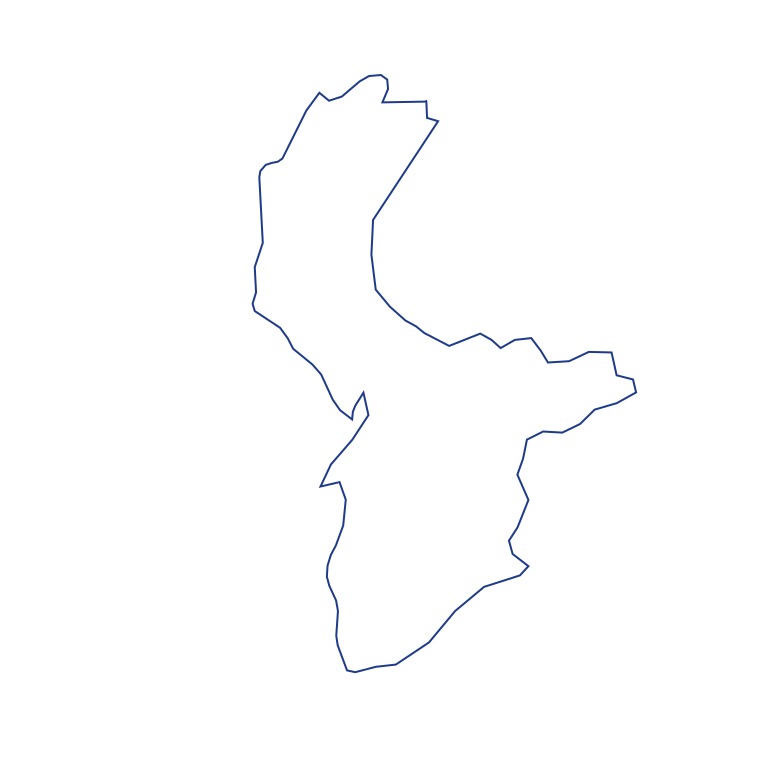 the border of Dar-Es-Salaam, rotated 214°
{"feature_id": "TZA-3378", "entity_name": "Dar-Es-Salaam", "entity_type": "Region", "adm_level": 1, "iso_a3": "TZA", "parent_name": "United Republic of Tanzania", "parent_adm1": "", "projection": "orthographic", "projection_center": [39.274, -6.872], "detail": "fine", "context": "isolated", "style": "outline", "palette": "blue", "viewbox_px": 768, "rotation_deg": 214, "n_neighbors": 0, "source": "natural_earth", "source_scale": "10m", "svg_char_len": 1318}
<svg xmlns="http://www.w3.org/2000/svg" viewBox="0 0 768 768"><g transform="rotate(214 384 384)"><path d="M254.5,125.9L276.3,141.5L282.8,148.6L295.2,170.0L302.6,177.7L316.6,186.2L323.6,192.3L329.2,201.8L332.5,212.6L333.6,223.2L338.7,243.9L351.0,266.7L366.0,277.8L379.3,263.5L383.0,287.6L379.1,320.1L379.5,349.5L396.2,365.3L395.7,350.1L394.3,343.6L390.6,336.8L405.8,337.7L417.8,342.4L441.3,356.7L454.0,360.1L479.0,362.4L489.4,368.1L501.6,372.5L531.9,372.2L537.8,377.0L541.3,388.4L556.5,408.6L563.4,433.2L603.0,485.7L605.6,491.4L604.6,499.5L600.6,504.6L596.3,508.9L594.3,514.2L601.3,567.3L600.4,589.3L588.0,588.1L579.7,598.7L573.4,621.3L568.6,631.0L559.4,638.4L551.6,638.2L545.6,630.8L542.8,616.6L508.1,640.9L507.2,642.1L506.6,641.5L497.1,628.7L486.1,632.1L484.8,513.9L466.7,484.1L443.6,457.6L422.3,451.4L401.7,448.6L389.7,449.7L379.0,448.8L351.3,452.0L332.4,479.6L319.4,480.7L307.4,479.0L300.2,493.7L287.6,504.4L272.7,499.3L260.1,493.5L243.3,506.4L232.2,525.1L213.0,537.4L196.0,521.3L180.1,527.0L170.3,518.0L180.3,498.3L195.0,480.6L199.1,460.5L209.0,443.4L225.5,433.6L234.4,417.8L227.0,400.0L222.7,383.4L199.4,368.6L193.1,339.8L192.8,324.0L182.3,315.0L162.4,313.7L164.3,301.3L187.6,271.8L198.1,235.5L202.2,194.9L217.3,158.0L232.6,145.0L246.7,129.0L254.5,125.9Z" fill="none" stroke="#1e3a8a" stroke-width="2"/></g></svg>